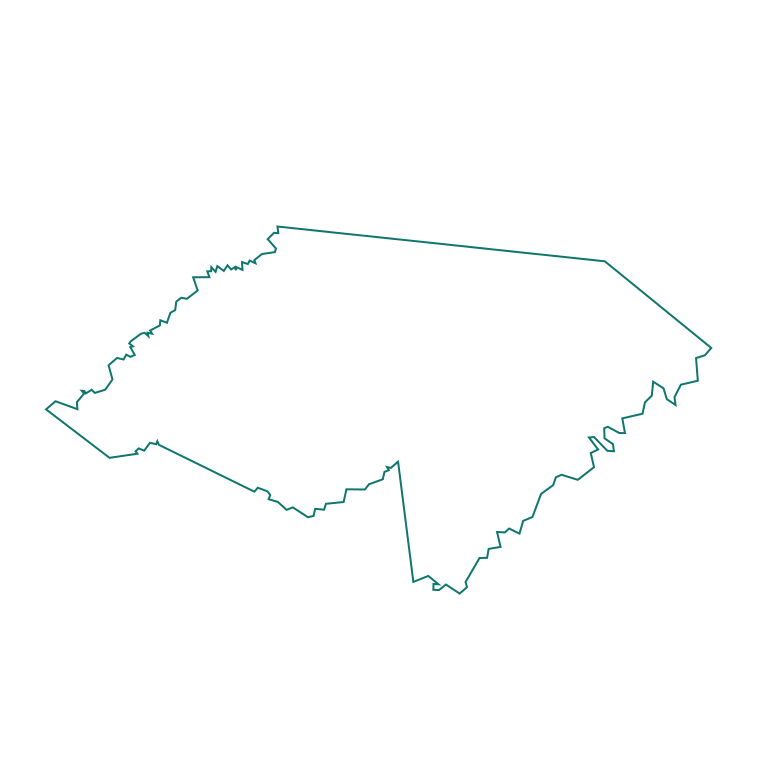 the district of Arauquita, Arauca, Colombia, rotated 135°
{"feature_id": "7082276B94752560507760", "entity_name": "Arauquita", "entity_type": "district", "adm_level": 2, "iso_a3": "COL", "parent_name": "Colombia", "parent_adm1": "Arauca", "projection": "equal_earth", "projection_center": [-71.114, 6.791], "detail": "medium", "context": "isolated", "style": "outline", "palette": "teal", "viewbox_px": 768, "rotation_deg": 135, "n_neighbors": 0, "source": "geoboundaries", "source_scale": "gbopen_adm2", "svg_char_len": 1954}
<svg xmlns="http://www.w3.org/2000/svg" viewBox="0 0 768 768"><g transform="rotate(135 384 384)"><path d="M141.1,314.6L348.0,570.7L352.1,565.4L354.8,568.7L363.8,568.7L364.6,556.2L367.9,554.4L378.4,562.2L388.1,563.3L389.5,560.3L391.8,566.3L395.4,565.1L398.2,570.6L403.4,564.8L405.9,571.4L408.0,569.0L407.3,572.2L411.1,573.1L410.7,578.6L417.3,577.2L418.5,585.2L423.8,582.4L423.5,588.7L426.5,586.0L429.3,588.6L431.9,583.0L443.5,594.4L449.6,581.9L463.1,583.6L466.4,588.4L472.7,589.1L479.4,583.9L484.7,585.4L494.2,580.8L497.1,587.2L501.1,583.9L511.5,587.2L512.4,583.5L515.0,587.4L516.8,584.5L517.1,589.5L520.3,591.4L533.0,593.3L535.5,592.8L534.9,588.2L537.3,589.5L539.7,580.8L544.1,582.5L545.5,587.0L550.8,585.5L554.4,591.2L565.5,592.0L572.8,579.2L585.2,577.1L594.8,582.2L594.8,586.6L601.5,588.2L600.9,591.0L602.5,592.9L602.8,589.3L614.0,588.3L618.6,583.0L628.5,604.1L640.9,605.0L630.3,525.9L607.7,509.1L607.3,512.1L603.0,511.9L600.7,506.4L591.1,507.9L587.7,502.6L584.8,503.8L586.2,500.2L551.8,399.5L546.6,399.9L542.3,390.5L543.0,385.9L547.1,384.1L542.4,375.6L541.9,363.9L535.7,361.2L532.0,343.6L527.1,340.5L520.9,344.4L515.3,337.5L509.7,340.3L496.0,329.1L485.0,336.1L472.1,322.9L465.5,323.7L452.2,317.5L445.9,321.5L441.5,319.7L440.6,323.2L438.5,319.8L429.0,319.1L503.2,223.3L488.4,217.0L487.1,203.8L490.4,207.6L494.6,203.6L490.8,199.4L482.0,198.4L478.7,182.3L468.9,181.7L466.4,186.3L439.5,193.4L434.0,188.2L426.6,193.4L416.8,186.4L408.7,199.4L403.5,193.6L397.7,193.3L394.0,182.4L382.4,188.8L373.0,185.0L350.7,195.2L335.9,192.9L328.4,196.5L322.7,194.3L314.7,179.2L294.3,176.7L286.6,189.0L278.9,186.3L276.9,201.2L273.0,198.0L273.3,178.8L269.0,173.9L264.6,179.6L266.5,189.6L259.6,197.0L256.0,195.5L252.3,183.0L248.3,178.9L239.8,191.2L222.2,180.2L212.4,186.5L202.9,186.4L192.0,195.3L189.4,183.3L194.7,173.3L192.7,163.0L187.9,169.3L174.6,173.6L159.8,164.4L145.0,181.7L136.8,177.4L127.1,178.1L141.1,314.6Z" fill="none" stroke="#0f766e" stroke-width="2"/></g></svg>